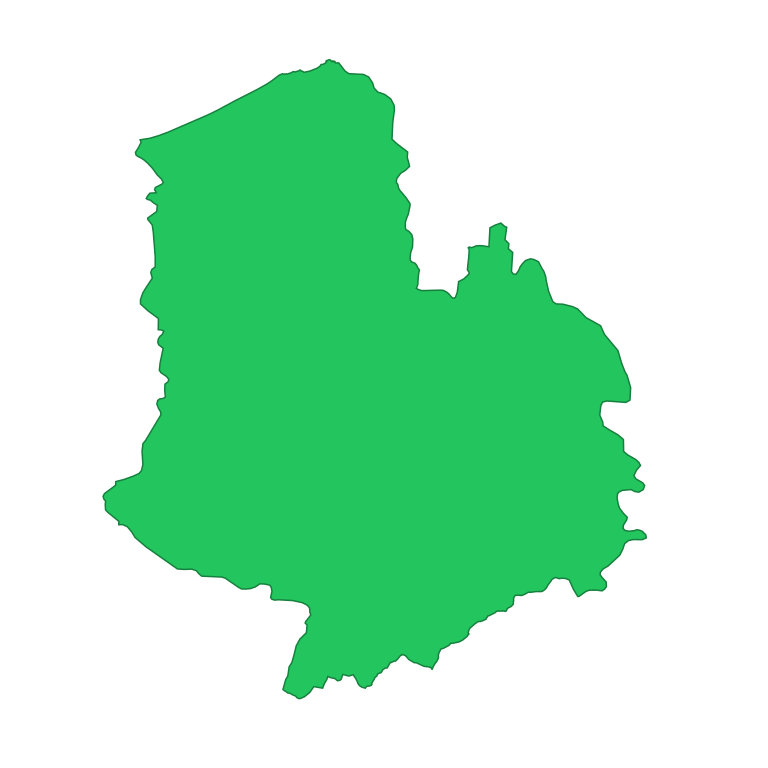 the district of San Carlos, Maldonado, Uruguay, rotated 184°
{"feature_id": "84410073B16503485399058", "entity_name": "San Carlos", "entity_type": "district", "adm_level": 2, "iso_a3": "URY", "parent_name": "Uruguay", "parent_adm1": "Maldonado", "projection": "robinson", "projection_center": [-54.965, -34.66], "detail": "fine", "context": "isolated", "style": "filled", "palette": "green", "viewbox_px": 768, "rotation_deg": 184, "n_neighbors": 0, "source": "geoboundaries", "source_scale": "gbopen_adm2", "svg_char_len": 6120}
<svg xmlns="http://www.w3.org/2000/svg" viewBox="0 0 768 768"><g transform="rotate(184 384 384)"><path d="M278.6,552.7L284.3,550.2L289.2,547.2L288.9,528.2L295.7,528.8L301.3,528.4L306.0,526.1L308.5,526.6L309.5,525.7L308.4,524.1L308.3,517.6L308.8,503.8L306.9,501.2L307.0,499.5L311.8,494.3L316.7,491.4L317.3,480.7L318.8,475.2L320.5,474.4L322.4,475.1L325.6,478.4L327.6,479.9L331.2,481.5L333.9,481.6L352.7,479.8L356.1,480.5L358.4,481.6L357.2,485.6L357.3,491.8L357.1,496.8L356.6,500.3L358.5,502.3L359.5,504.4L361.3,506.5L365.0,507.8L366.5,509.5L366.8,512.5L366.5,517.1L365.1,522.7L365.4,530.8L366.7,535.0L369.9,538.1L373.0,539.6L373.6,541.5L374.0,546.7L373.0,551.0L371.6,555.1L370.5,563.5L370.6,565.7L375.0,571.4L382.0,578.6L383.3,580.9L384.2,584.2L385.5,585.5L385.9,587.3L385.4,590.2L382.0,595.4L377.6,598.6L373.7,602.8L374.8,606.7L376.6,611.5L376.6,617.1L388.6,625.0L393.1,628.8L393.5,645.4L392.7,658.2L393.4,662.8L397.1,668.8L403.3,672.8L408.0,674.2L410.3,674.6L414.5,678.5L416.4,683.6L420.7,689.2L426.2,691.4L440.6,691.1L444.6,693.4L451.6,701.2L454.3,700.9L455.1,701.1L455.6,701.9L455.4,702.1L455.6,702.4L456.1,702.3L456.5,702.6L457.0,702.0L457.4,702.1L457.8,702.6L458.5,702.0L459.2,702.4L459.2,702.6L460.2,703.5L461.2,703.7L462.5,703.2L463.2,702.5L464.0,702.6L464.3,701.9L464.1,701.6L464.2,701.0L464.6,700.3L467.1,698.6L468.8,698.4L469.3,697.9L470.3,696.2L471.2,695.7L472.9,694.3L479.8,691.0L485.4,689.4L487.5,690.4L488.0,690.3L489.6,691.4L491.0,690.4L494.7,689.0L495.8,689.3L496.5,689.2L499.3,687.4L500.0,687.4L502.0,686.4L502.8,686.6L504.0,686.2L504.9,686.4L505.8,686.1L507.0,686.4L510.2,684.7L517.6,678.2L521.7,675.1L531.6,668.6L552.8,655.9L569.2,645.5L578.4,640.2L617.7,619.8L626.7,615.8L634.7,612.8L644.3,610.6L643.2,608.0L645.3,603.0L648.1,597.7L647.3,595.1L645.7,594.0L641.9,592.4L639.1,590.8L635.1,587.8L630.0,583.0L624.8,576.8L620.4,573.0L618.2,569.6L619.6,567.8L625.8,564.1L626.4,561.6L625.1,560.1L624.6,558.9L630.9,558.0L633.0,555.0L634.1,552.5L632.8,551.6L629.9,551.1L626.7,548.7L622.6,546.5L622.8,540.2L631.3,533.1L631.1,531.7L626.3,526.5L624.8,519.6L621.2,495.7L620.4,484.9L623.7,481.8L624.4,478.7L622.5,473.4L627.8,464.1L631.0,457.9L632.8,451.2L632.5,446.9L624.3,440.4L613.6,433.6L613.0,422.4L609.9,422.4L607.4,421.4L608.6,418.1L610.9,415.8L612.3,413.0L612.6,409.9L611.5,407.4L606.8,404.2L608.8,389.6L609.1,382.1L607.3,379.7L601.4,376.3L599.0,373.6L599.6,371.1L602.5,368.6L602.3,362.4L601.2,355.7L603.5,354.1L606.7,353.5L608.6,351.8L609.2,348.2L607.2,343.9L604.8,340.5L604.4,337.7L617.9,311.1L620.3,307.7L620.7,300.2L618.9,286.9L619.9,280.7L622.2,277.6L627.9,274.5L637.3,270.4L644.7,268.0L644.7,264.2L655.2,255.2L656.4,252.4L655.4,249.6L653.6,247.9L653.7,244.5L653.0,239.0L650.3,236.5L638.9,228.5L638.8,225.1L634.8,225.5L630.0,223.7L625.0,218.4L621.8,213.7L610.1,205.0L577.2,185.1L570.3,185.1L562.8,185.9L558.2,184.7L555.2,181.6L552.4,179.6L532.3,180.1L528.8,179.2L514.9,171.0L511.8,169.6L507.8,169.8L503.0,170.6L498.2,172.6L493.9,176.0L489.1,176.1L483.9,175.4L482.3,173.2L481.3,169.4L482.2,163.0L480.9,161.5L478.1,160.8L474.1,161.4L460.1,161.6L450.3,160.2L445.2,158.0L442.7,155.5L441.9,150.7L440.9,148.5L445.4,141.8L446.0,140.1L443.9,138.1L444.1,130.4L450.1,123.7L453.3,116.6L454.9,107.2L456.5,99.7L458.9,95.2L459.6,86.0L461.4,82.4L463.5,72.2L462.0,71.1L460.4,70.4L458.5,69.1L456.3,68.9L452.9,67.3L450.3,66.5L449.2,65.2L447.5,64.3L445.8,64.3L441.5,66.5L436.5,71.2L432.9,77.2L424.0,76.3L422.6,80.9L420.5,85.0L419.6,88.3L416.8,87.3L412.5,86.8L410.4,85.2L409.3,84.7L406.9,85.6L406.2,86.4L404.8,91.4L398.7,90.2L394.5,91.8L391.6,88.1L389.8,85.1L389.2,83.5L387.3,81.3L384.7,79.9L381.3,79.3L380.7,80.6L379.6,81.4L377.0,81.8L375.5,82.7L375.1,83.7L375.3,84.7L373.2,88.8L372.7,90.4L370.7,92.3L370.7,93.0L369.8,94.5L368.7,95.2L366.9,95.7L366.0,97.2L365.5,98.6L363.1,100.6L362.1,100.9L361.0,101.0L358.3,106.7L357.6,106.5L354.7,108.2L353.2,108.4L350.9,110.8L350.5,111.6L348.4,114.5L347.6,114.5L347.0,115.5L343.7,114.6L339.9,110.8L334.4,108.1L332.4,108.2L325.1,105.4L322.7,105.0L319.9,105.0L318.1,104.5L317.2,104.2L316.4,102.9L316.1,102.8L314.9,106.1L313.6,108.7L312.3,110.4L311.0,113.3L310.5,115.2L310.9,116.6L310.5,119.4L308.7,123.6L306.1,124.6L300.8,127.9L300.1,128.8L299.9,129.6L299.6,129.9L297.6,130.1L291.2,131.9L287.6,134.1L283.3,138.2L282.7,139.6L281.9,140.3L281.9,140.7L282.7,141.9L281.9,145.2L281.5,146.1L276.7,151.0L273.6,153.5L270.5,154.0L266.1,156.3L265.7,156.7L265.4,157.9L264.9,158.3L264.4,159.7L263.0,160.2L257.4,163.5L255.6,165.3L248.7,165.9L247.2,165.7L246.2,166.1L245.2,168.7L243.8,169.7L241.9,170.7L239.8,173.1L239.7,176.2L239.5,176.8L239.8,178.7L239.5,179.7L239.5,180.4L238.1,182.4L234.2,182.8L233.5,182.5L232.7,182.8L232.0,182.6L229.0,184.0L225.3,186.5L223.9,186.3L218.0,187.5L212.9,187.9L211.6,188.2L209.1,190.2L207.7,192.1L206.2,195.3L203.9,198.7L202.7,200.9L199.9,202.8L199.1,202.9L195.5,202.0L193.1,202.7L189.7,202.7L185.6,201.5L180.6,192.2L175.9,185.6L174.7,185.7L167.9,191.3L164.8,192.6L157.6,193.2L152.0,192.9L149.4,195.0L148.0,197.4L148.5,201.9L153.1,206.4L155.1,208.7L155.0,211.4L152.3,215.0L147.7,218.1L136.8,229.8L134.3,235.9L132.8,241.6L129.3,244.8L124.6,246.2L115.6,246.7L111.6,248.8L112.4,251.8L116.0,255.0L118.7,255.9L121.3,256.3L124.5,255.1L129.5,254.2L133.6,254.8L135.4,256.7L135.3,259.9L132.5,265.2L132.0,268.0L136.0,271.5L140.5,276.7L142.1,280.9L143.5,286.3L143.4,290.6L142.1,292.6L138.9,294.5L130.2,295.9L126.2,294.2L122.2,293.9L118.0,296.8L116.9,300.9L119.1,303.5L126.2,307.0L128.3,310.0L126.1,315.7L122.4,320.6L124.4,323.7L127.6,326.2L136.0,330.3L140.2,333.4L141.3,345.3L146.9,349.5L156.1,354.0L162.5,357.5L163.1,361.1L166.6,368.1L166.2,377.4L164.7,381.2L160.5,382.6L141.4,382.5L137.5,385.1L137.7,397.6L142.2,409.7L144.3,412.7L148.3,421.1L153.0,433.7L167.5,448.8L172.0,457.2L187.1,464.3L196.1,472.4L201.6,474.4L211.1,476.1L217.9,475.9L221.4,478.0L226.3,488.1L229.5,498.9L230.1,502.1L232.4,507.5L234.7,510.6L238.4,516.7L242.9,518.6L246.7,519.1L251.5,517.0L254.3,513.6L256.3,510.5L257.6,506.6L260.0,502.6L262.7,502.8L264.7,505.0L264.8,524.2L269.4,527.6L269.2,532.6L273.4,536.4L272.5,548.9L274.9,549.8L278.6,552.7Z" fill="#22c55e" stroke="#15803d" stroke-width="1.5"/></g></svg>